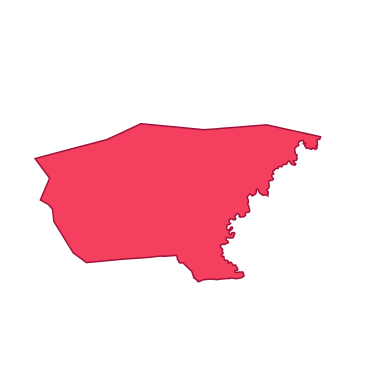 Central Guadalcanal, Guadalcanal, Solomon Islands, rotated 154°
{"feature_id": "97153195B29965366735238", "entity_name": "Central Guadalcanal", "entity_type": "district", "adm_level": 2, "iso_a3": "SLB", "parent_name": "Solomon Islands", "parent_adm1": "Guadalcanal", "projection": "orthographic", "projection_center": [159.997, -9.568], "detail": "fine", "context": "isolated", "style": "filled", "palette": "rose", "viewbox_px": 384, "rotation_deg": 154, "n_neighbors": 0, "source": "geoboundaries", "source_scale": "gbopen_adm2", "svg_char_len": 5881}
<svg xmlns="http://www.w3.org/2000/svg" viewBox="0 0 384 384"><g transform="rotate(154 192 192)"><path d="M52.2,185.3L95.6,219.7L140.2,237.3L140.7,237.3L154.2,242.9L208.0,275.8L235.5,276.2L245.4,276.4L295.6,286.4L318.4,290.8L313.9,266.8L331.8,251.3L326.5,243.7L324.9,237.5L329.1,226.2L327.6,211.8L326.8,203.0L325.4,189.3L317.8,174.8L281.7,161.2L260.9,152.7L248.5,148.3L245.8,146.7L242.7,145.4L233.7,141.8L233.9,140.5L234.1,138.8L234.6,137.9L234.4,136.1L234.7,135.1L233.8,133.3L231.6,132.6L231.2,132.2L227.0,120.7L227.9,114.3L227.4,114.6L227.3,112.8L226.2,110.8L226.2,110.6L226.0,110.3L225.9,110.1L226.0,110.0L225.7,109.7L225.6,109.3L225.7,109.0L225.9,108.9L225.7,108.8L225.2,108.6L224.8,108.4L224.8,108.5L224.5,108.4L224.4,108.3L224.0,108.2L222.1,108.3L221.7,108.3L221.1,108.2L220.6,108.2L220.1,108.1L219.7,107.9L218.3,107.4L217.6,107.1L217.1,107.0L215.9,106.5L214.3,106.0L213.5,105.5L212.0,104.7L211.5,104.3L211.1,104.1L210.7,103.9L210.2,103.7L209.1,103.1L208.9,102.9L208.7,102.6L208.4,102.5L207.7,102.3L207.7,102.2L206.7,101.9L206.4,101.8L205.0,101.3L204.7,101.2L204.1,101.0L203.1,100.7L202.0,100.2L201.8,100.0L201.4,99.9L200.8,99.7L199.5,99.3L198.5,98.9L198.0,98.6L197.9,98.5L197.5,98.4L197.4,98.4L196.8,98.2L196.7,98.0L196.4,98.0L196.2,97.8L194.9,97.6L194.5,97.5L193.6,97.1L192.9,96.5L191.6,95.5L191.4,95.4L191.1,95.2L190.4,94.8L190.2,94.8L190.0,94.7L189.9,94.6L188.9,94.3L188.8,94.2L187.5,93.9L187.0,93.7L185.1,93.4L184.9,93.3L184.6,93.2L183.7,93.4L183.1,93.5L182.6,93.6L182.4,93.6L181.9,93.9L182.0,94.4L181.3,96.8L181.5,97.9L185.1,99.5L187.9,100.4L188.3,101.0L188.4,101.7L188.0,102.2L187.6,102.3L186.6,102.1L185.7,101.8L185.2,102.0L184.8,102.3L184.7,102.8L184.6,103.6L184.8,105.7L184.7,107.1L187.0,108.3L187.4,108.4L187.3,110.0L187.5,110.9L187.9,112.0L190.6,112.0L190.8,112.2L190.7,112.6L190.4,113.1L190.0,113.2L189.8,113.3L189.8,113.5L189.9,114.4L190.0,115.0L190.4,115.1L192.1,116.0L192.4,116.8L192.4,117.5L192.2,118.4L191.9,119.4L191.6,120.1L191.6,120.3L192.7,120.7L193.5,121.4L193.7,121.9L193.0,122.5L192.1,122.8L190.9,123.3L190.8,123.7L190.9,124.7L190.6,125.4L190.2,126.0L189.7,127.0L189.8,128.1L190.2,129.1L190.2,129.6L190.5,130.2L190.4,130.8L189.8,131.5L188.0,132.0L187.5,131.5L187.1,131.4L186.6,131.1L185.9,130.7L185.0,130.6L184.3,130.6L183.0,130.7L182.5,130.6L182.3,130.5L182.0,130.4L181.7,130.5L181.4,130.8L181.3,131.4L181.3,131.9L181.4,132.3L181.6,132.7L181.8,133.3L182.1,133.7L182.1,134.2L181.9,135.0L181.8,135.4L181.7,135.5L181.4,135.7L180.9,135.7L180.4,135.7L179.8,135.5L179.5,135.3L179.3,135.1L179.1,134.9L178.9,134.6L178.8,134.4L178.4,134.2L178.1,134.0L177.9,134.0L177.4,133.8L177.2,133.6L176.3,133.2L175.5,132.9L174.9,133.2L174.6,133.3L173.8,133.8L173.6,134.2L173.4,134.4L173.3,134.5L173.1,134.7L173.0,134.9L172.4,135.3L172.2,135.8L172.0,136.0L171.7,136.0L171.6,136.4L171.7,136.6L172.0,137.1L172.6,137.5L173.6,137.9L173.9,137.9L174.1,137.9L174.3,137.8L174.8,137.4L174.9,137.2L175.1,137.0L175.4,136.8L175.8,136.7L176.0,136.8L176.4,137.2L176.6,137.9L176.6,138.2L176.8,138.5L176.7,139.0L176.2,139.7L175.5,140.2L175.3,140.3L175.0,140.4L174.5,140.5L174.2,140.6L173.6,140.7L172.5,141.1L172.2,141.1L171.7,141.4L171.6,141.6L171.3,141.8L171.3,143.0L172.0,143.3L172.8,143.1L173.6,142.8L174.0,142.4L174.7,142.0L175.8,142.0L176.5,142.3L176.8,142.7L177.1,143.3L176.9,144.1L176.4,144.8L175.8,145.6L175.4,146.1L175.1,146.8L174.5,146.9L173.7,146.8L172.6,146.4L172.2,146.5L172.0,146.4L171.1,146.7L171.4,147.2L171.6,147.3L171.7,147.6L171.7,148.2L171.3,149.7L170.8,150.5L170.4,150.6L169.9,151.0L169.6,151.0L169.4,150.7L168.8,150.6L168.2,150.6L167.5,149.7L166.9,148.7L166.4,148.5L165.6,148.4L165.2,148.2L164.5,148.5L164.5,149.2L164.5,151.0L164.3,151.6L163.9,151.7L163.2,151.8L161.8,152.3L161.4,152.8L161.0,152.8L160.6,152.7L159.6,151.5L160.2,149.1L160.0,148.5L159.6,148.1L159.0,148.2L158.5,148.4L158.0,148.1L157.7,147.7L157.3,147.2L156.4,147.0L155.0,147.3L154.2,147.5L153.7,148.4L153.2,149.6L152.2,149.8L151.1,149.5L150.2,149.0L149.3,149.0L148.6,149.4L148.2,150.5L147.8,151.9L147.3,154.4L147.2,156.3L147.2,156.8L147.1,157.2L146.7,157.5L145.9,157.8L145.6,158.4L145.3,159.1L145.1,160.2L144.9,160.7L144.9,161.4L144.9,162.2L144.7,163.0L144.1,163.5L142.8,164.3L141.8,164.7L140.9,164.6L140.4,164.3L140.0,163.5L140.0,162.7L139.7,162.1L139.1,162.1L138.5,162.3L137.8,162.0L137.2,162.1L136.7,162.2L135.8,162.3L135.0,162.9L134.3,163.8L134.0,164.3L133.7,164.9L133.0,165.7L132.4,166.2L131.9,166.0L131.7,165.2L131.8,163.7L131.8,162.2L131.1,160.4L130.5,159.1L129.4,157.8L128.4,157.5L127.3,157.2L125.9,155.9L125.6,155.4L125.5,156.0L124.6,156.8L123.6,158.0L123.5,158.9L124.0,159.8L123.8,161.1L122.1,161.5L120.4,162.7L119.5,164.7L119.2,166.0L118.9,166.8L118.3,167.9L117.9,168.2L117.5,168.1L114.8,167.5L113.9,167.5L113.4,167.7L113.0,168.7L113.5,170.1L113.4,171.6L112.4,172.5L110.8,172.2L110.5,172.7L110.7,173.6L110.7,174.5L109.7,175.6L109.0,175.3L107.1,176.2L106.5,176.3L104.6,175.5L103.9,175.8L103.5,176.4L102.8,176.5L101.7,176.6L101.0,175.6L99.9,175.4L99.2,175.8L98.6,176.5L97.7,176.6L95.2,175.6L94.5,175.7L93.7,176.5L92.9,176.8L92.1,177.5L91.3,177.5L90.7,176.8L90.8,174.8L89.8,172.6L87.7,171.0L86.8,171.3L86.4,171.9L87.3,173.8L87.5,174.7L87.3,175.4L86.5,175.4L85.7,175.0L84.4,174.8L82.8,175.9L82.8,177.0L82.4,177.9L81.3,179.1L81.4,179.7L82.2,180.4L82.4,180.8L80.9,185.9L80.4,186.2L78.7,186.7L78.2,187.3L77.3,187.4L76.2,186.9L75.7,186.9L75.4,187.7L75.4,188.8L75.1,189.4L73.2,190.4L72.4,190.3L70.2,189.9L69.5,189.5L69.4,188.8L69.8,188.0L70.8,186.6L70.8,186.3L68.9,186.2L68.6,185.7L69.6,185.1L70.2,184.5L70.4,183.8L70.1,182.6L70.1,181.7L70.1,181.3L67.7,180.2L67.3,179.3L66.4,178.2L65.7,178.0L63.7,178.3L63.4,178.2L63.1,177.2L62.7,176.5L62.1,176.3L61.2,176.2L60.3,176.8L59.9,177.6L60.7,178.2L60.2,179.1L59.4,178.9L58.6,179.1L58.4,179.9L57.9,181.0L57.7,181.8L56.9,183.7L56.4,184.2L55.8,184.0L54.4,183.5L53.3,183.9L53.1,184.6L52.2,185.3Z" fill="#f43f5e" stroke="#9f1239" stroke-width="1.5"/></g></svg>